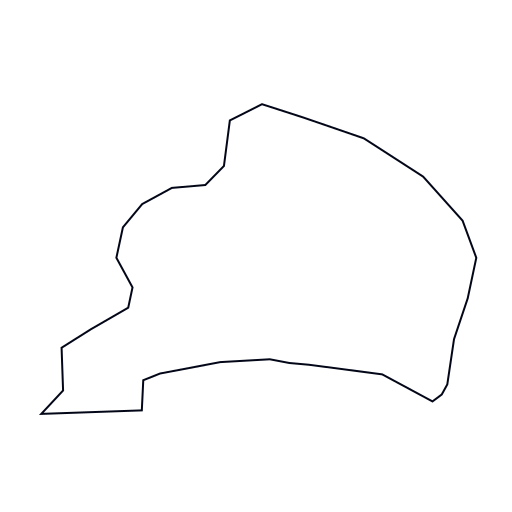 outline of Lwengo, rotated 178°
{"feature_id": "UGA-5617", "entity_name": "Lwengo", "entity_type": "District", "adm_level": 1, "iso_a3": "UGA", "parent_name": "Uganda", "parent_adm1": "", "projection": "albers", "projection_center": [31.468, -0.432], "detail": "fine", "context": "isolated", "style": "outline", "palette": "ink", "viewbox_px": 512, "rotation_deg": 178, "n_neighbors": 0, "source": "natural_earth", "source_scale": "10m", "svg_char_len": 553}
<svg xmlns="http://www.w3.org/2000/svg" viewBox="0 0 512 512"><g transform="rotate(178 256 256)"><path d="M84.7,104.5L134.0,133.3L207.1,145.5L226.4,147.9L245.8,152.3L295.4,151.2L356.0,141.9L373.0,135.8L375.5,105.7L476.1,105.7L453.5,128.3L453.5,171.1L423.3,188.7L385.5,208.8L380.5,228.9L395.6,259.1L388.0,289.3L367.9,311.9L337.7,327.0L304.2,328.7L284.9,347.1L277.4,392.4L244.7,407.5L203.5,392.6L144.1,369.8L86.2,329.5L48.3,284.1L35.9,246.5L45.9,206.3L61.0,166.0L69.3,121.0L75.2,111.1L84.7,104.5Z" fill="none" stroke="#020617" stroke-width="2"/></g></svg>